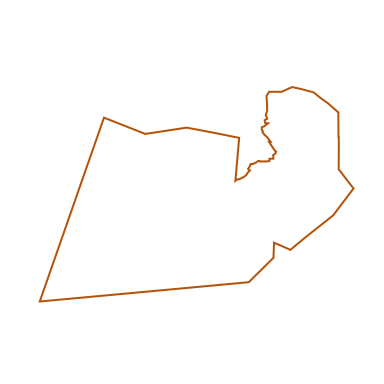 Tagant, Mercator projection, rotated 175°
{"feature_id": "MRT-2798", "entity_name": "Tagant", "entity_type": "Region", "adm_level": 1, "iso_a3": "MRT", "parent_name": "Mauritania", "parent_adm1": "", "projection": "mercator", "projection_center": [-11.398, 18.406], "detail": "fine", "context": "isolated", "style": "outline", "palette": "amber", "viewbox_px": 384, "rotation_deg": 175, "n_neighbors": 0, "source": "natural_earth", "source_scale": "10m", "svg_char_len": 1107}
<svg xmlns="http://www.w3.org/2000/svg" viewBox="0 0 384 384"><g transform="rotate(175 192 192)"><path d="M114.7,134.4L115.0,131.7L116.6,119.3L118.0,118.2L143.3,97.2L144.8,97.2L353.2,96.2L273.4,273.3L273.2,273.7L234.2,254.3L233.7,253.9L191.7,256.6L162.3,248.3L140.3,241.8L147.8,199.3L145.6,200.7L143.6,200.6L138.6,202.7L136.4,204.3L134.2,207.0L132.4,208.4L134.1,210.1L131.7,213.3L131.1,214.8L129.2,214.6L125.2,215.9L123.5,217.1L121.9,216.9L121.3,216.3L120.5,216.5L118.6,216.2L114.2,216.0L112.2,216.1L111.9,218.4L108.0,218.1L107.9,221.7L105.7,222.9L104.7,225.0L106.2,226.4L106.5,227.1L108.2,230.2L110.9,235.2L109.3,235.1L111.5,238.6L111.9,239.5L114.5,242.3L115.8,244.1L116.5,245.3L116.5,245.9L116.1,246.4L117.1,248.3L116.7,250.5L114.6,251.1L112.4,252.5L110.3,253.8L113.1,254.5L113.4,257.2L110.7,258.4L111.8,262.4L110.0,266.4L109.5,276.5L109.4,281.2L106.4,285.1L93.9,284.0L83.1,287.8L73.2,284.7L62.1,280.6L55.5,274.2L48.7,268.4L39.3,258.5L41.3,234.1L41.0,234.1L42.0,222.0L43.9,201.9L30.8,181.4L45.4,165.3L53.3,156.5L84.4,136.0L99.0,125.8L114.7,134.4Z" fill="none" stroke="#b45309" stroke-width="2"/></g></svg>